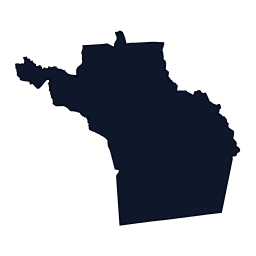 the district of Mueang Phatthalung, Phatthalung, Thailand, rotated 89°
{"feature_id": "78962969B3121314060328", "entity_name": "Mueang Phatthalung", "entity_type": "district", "adm_level": 2, "iso_a3": "THA", "parent_name": "Thailand", "parent_adm1": "Phatthalung", "projection": "albers", "projection_center": [100.053, 7.588], "detail": "fine", "context": "isolated", "style": "filled", "palette": "ink", "viewbox_px": 256, "rotation_deg": 89, "n_neighbors": 0, "source": "geoboundaries", "source_scale": "gbopen_adm2", "svg_char_len": 5597}
<svg xmlns="http://www.w3.org/2000/svg" viewBox="0 0 256 256"><g transform="rotate(89 128 128)"><path d="M224.7,137.5L221.4,109.0L219.5,89.0L215.0,48.7L213.8,36.3L160.6,24.5L159.5,24.9L159.0,24.9L158.1,24.3L157.5,23.7L157.3,22.8L157.5,21.5L157.3,20.9L156.8,20.5L155.0,20.1L154.6,19.7L153.3,17.6L152.7,17.1L152.1,17.0L151.2,17.2L150.4,17.6L149.9,18.1L148.6,20.0L148.1,20.4L147.3,20.6L145.6,20.2L144.4,20.5L143.4,21.1L141.2,23.1L140.5,23.5L139.3,23.6L137.7,23.1L134.2,22.7L133.1,23.0L132.7,23.4L131.8,25.0L130.2,27.3L129.2,28.1L128.1,28.4L125.4,28.0L123.7,29.8L122.2,29.6L121.4,29.8L120.1,30.9L119.1,31.4L118.8,31.7L118.7,32.6L119.0,33.6L117.9,34.0L117.1,34.6L117.0,35.0L117.4,35.3L117.2,35.9L116.8,36.1L116.3,35.8L116.0,35.9L115.6,36.9L115.5,37.6L115.0,37.6L114.5,37.9L114.1,37.5L113.4,37.2L111.4,36.9L110.9,37.0L110.6,36.8L110.3,37.1L109.8,35.6L108.9,35.3L108.4,35.6L107.7,35.6L107.3,36.0L106.3,36.2L106.7,38.2L107.3,39.2L107.2,40.1L106.7,40.3L106.6,40.7L106.1,41.4L105.9,42.7L105.0,43.5L104.4,44.6L103.8,45.1L103.3,46.3L95.0,49.8L95.4,50.2L94.8,50.4L95.1,52.0L95.4,52.4L95.2,52.8L94.7,53.1L94.6,54.4L93.9,54.5L93.5,55.1L92.7,55.0L92.0,56.3L92.2,57.4L93.0,58.1L93.2,60.5L95.9,61.3L96.5,61.9L96.6,62.2L96.5,62.7L96.6,63.2L95.5,64.4L95.7,65.0L94.8,65.5L94.5,66.6L94.0,67.2L93.9,67.8L93.2,68.7L92.4,69.2L92.1,69.8L92.3,70.6L92.2,71.6L92.5,72.0L92.1,74.7L92.1,75.9L92.3,76.9L92.8,77.7L92.6,78.3L92.0,78.3L91.5,78.8L90.2,78.8L90.3,79.0L90.1,79.2L88.4,78.5L86.5,78.3L86.1,79.4L85.7,79.3L84.8,79.6L84.5,80.0L84.5,80.6L84.1,80.9L84.1,81.7L83.5,82.2L83.2,82.7L82.4,83.4L81.5,83.8L81.3,85.4L80.4,85.0L79.6,85.9L78.6,86.2L78.3,86.9L77.0,87.3L76.9,87.4L77.2,87.8L76.9,88.0L76.4,87.9L76.2,87.5L75.7,87.6L75.2,87.0L73.9,87.1L73.3,86.9L73.1,87.3L72.8,87.0L72.6,87.3L72.7,87.8L72.3,88.2L71.5,88.2L70.9,89.9L70.4,89.7L69.2,90.0L67.8,89.7L67.4,89.9L66.5,89.5L66.2,89.9L65.7,89.9L64.7,89.5L64.6,90.2L64.3,90.4L63.9,89.9L63.1,90.0L62.8,89.6L61.9,90.0L62.1,90.8L61.6,90.7L61.4,91.2L60.5,91.3L60.3,92.1L59.1,92.2L59.2,92.8L58.5,91.7L58.1,91.9L58.0,92.2L57.1,92.3L57.0,91.9L56.2,91.9L56.2,92.2L54.2,92.3L53.8,92.1L53.6,92.4L52.8,92.4L52.3,92.7L51.7,92.7L51.6,93.2L51.0,92.8L49.2,92.8L49.1,92.5L48.1,92.3L47.9,92.0L47.4,92.0L46.9,91.6L45.5,91.5L45.0,91.2L44.8,91.4L43.8,91.0L43.5,91.7L43.4,92.4L43.5,94.8L43.1,98.0L43.0,103.0L43.6,118.4L43.6,124.5L44.2,128.6L37.3,130.2L32.6,132.0L32.6,132.3L32.2,132.6L32.7,133.1L32.7,133.3L32.4,133.4L32.2,133.8L31.9,133.5L31.5,133.6L31.3,134.3L31.4,135.3L32.4,136.1L32.4,138.5L33.7,138.3L35.6,137.4L38.3,136.9L39.3,137.2L43.0,139.4L47.6,140.2L43.8,147.4L44.4,152.9L45.2,171.4L46.2,171.1L46.8,171.1L48.6,171.5L51.8,172.7L52.4,172.6L54.1,172.0L58.3,172.1L61.2,171.9L62.3,172.1L64.2,173.5L66.6,176.7L68.8,178.0L70.9,178.0L71.4,178.2L71.6,178.0L72.8,177.9L73.4,178.0L73.6,178.1L74.5,178.1L75.9,178.4L76.3,178.7L76.1,178.9L75.6,178.9L75.8,179.1L75.5,179.5L75.0,179.2L74.8,179.6L74.3,184.7L73.8,185.5L73.9,186.5L73.0,187.4L72.6,188.5L71.7,189.0L71.3,190.0L70.1,190.2L69.9,190.4L69.1,193.2L68.4,194.0L68.7,195.8L68.1,196.2L68.1,197.3L66.8,198.6L66.0,199.0L65.8,201.0L66.3,202.0L66.8,204.7L65.7,205.5L65.7,205.8L65.9,206.1L66.6,206.0L67.4,206.5L67.7,210.1L66.9,210.2L66.7,210.6L67.5,210.8L67.7,211.3L68.2,211.5L68.2,213.4L65.6,213.8L65.4,213.9L65.6,214.5L65.2,215.2L64.3,215.1L64.3,215.5L64.6,215.9L64.9,216.0L65.1,215.7L65.5,215.8L65.2,216.2L65.6,217.5L65.2,217.7L65.2,217.9L65.5,218.2L65.9,217.9L66.1,218.0L65.7,219.0L62.8,219.7L62.4,221.2L62.1,221.3L62.1,221.6L61.8,221.6L61.7,222.1L59.7,222.8L60.1,224.0L60.1,225.0L57.8,225.4L57.9,227.1L57.4,227.1L57.4,227.5L57.2,227.6L57.2,228.3L55.7,228.4L55.9,230.8L59.3,229.7L61.0,230.1L63.0,231.0L63.0,231.4L62.2,232.5L62.4,233.4L62.7,233.5L62.8,234.0L62.8,235.0L62.4,235.8L62.2,236.6L62.2,238.7L62.5,239.0L62.9,238.6L63.4,238.8L65.8,238.8L66.1,238.7L66.3,238.0L69.3,237.8L69.5,237.4L73.0,237.5L74.5,236.2L74.9,235.6L74.7,235.1L76.5,234.6L77.6,234.6L78.5,231.5L79.5,224.6L81.0,225.0L82.0,224.7L81.6,223.5L81.7,222.5L81.9,222.0L86.2,218.2L86.5,217.7L86.5,217.0L86.1,216.1L84.3,214.3L78.7,209.5L78.1,208.8L77.8,207.7L77.8,206.5L78.2,205.5L78.8,205.5L80.6,204.6L81.0,205.1L80.9,205.5L82.1,206.6L82.3,206.5L82.5,205.8L83.7,205.9L87.0,205.4L88.6,205.7L89.6,205.3L90.2,204.0L92.2,204.6L92.3,204.3L92.8,204.2L93.4,203.8L94.2,203.9L94.5,203.2L94.8,203.4L95.1,203.3L95.5,203.7L95.9,203.8L96.2,203.6L96.5,202.8L97.3,202.6L98.2,202.0L98.7,202.2L100.6,202.0L102.3,202.2L103.8,200.3L104.3,198.7L104.2,192.0L104.8,190.5L106.3,188.0L107.1,187.0L107.5,186.8L109.1,185.3L109.5,184.6L109.6,182.6L109.4,181.8L109.8,181.4L109.8,180.8L110.2,180.4L110.2,180.2L109.7,179.9L109.6,179.7L110.9,177.6L110.7,177.4L110.6,177.0L111.1,176.6L110.8,176.1L111.0,175.7L111.8,175.1L112.0,174.8L112.5,174.6L112.9,174.8L113.3,173.8L113.7,173.8L113.8,173.2L114.6,173.3L115.1,172.2L115.0,171.6L115.9,171.1L115.8,169.7L116.4,169.2L116.9,169.1L116.8,168.7L117.4,168.4L117.4,168.1L117.7,167.9L117.7,167.5L118.2,168.0L118.6,168.0L119.5,167.6L120.9,167.6L121.3,167.8L121.6,167.4L122.0,167.2L122.1,166.5L122.5,166.5L122.5,166.3L122.8,166.5L123.1,166.3L124.0,166.6L124.6,166.4L124.8,166.9L125.1,166.7L125.1,166.3L126.9,166.6L127.6,166.4L128.0,166.5L128.8,166.0L128.9,165.5L129.8,164.0L130.9,160.8L131.7,159.7L132.3,158.6L132.6,157.5L134.7,154.3L135.3,152.9L137.4,150.1L138.6,149.0L139.3,148.0L142.5,148.0L145.5,147.7L150.3,145.7L168.7,141.3L168.7,139.7L169.0,139.4L168.8,138.8L169.3,137.5L169.7,137.1L170.7,137.3L171.4,137.2L171.7,137.3L172.0,137.6L172.8,137.5L174.0,138.8L174.8,139.4L175.3,139.5L175.6,139.9L176.7,140.0L224.7,137.5Z" fill="#0f172a" stroke="#020617" stroke-width="1.5"/></g></svg>